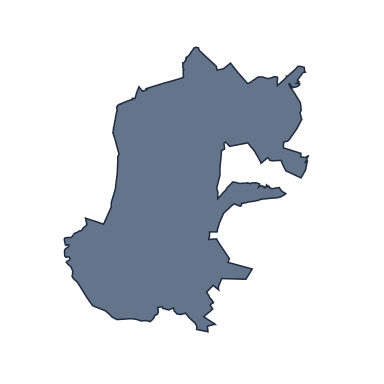 the district of Bochil, Chiapas, Mexico, rotated 76°
{"feature_id": "50627088B6808518022322", "entity_name": "Bochil", "entity_type": "district", "adm_level": 2, "iso_a3": "MEX", "parent_name": "Mexico", "parent_adm1": "Chiapas", "projection": "natural_earth1", "projection_center": [-92.951, 17.023], "detail": "fine", "context": "isolated", "style": "filled", "palette": "slate", "viewbox_px": 384, "rotation_deg": 76, "n_neighbors": 0, "source": "geoboundaries", "source_scale": "gbopen_adm2", "svg_char_len": 5848}
<svg xmlns="http://www.w3.org/2000/svg" viewBox="0 0 384 384"><g transform="rotate(76 192 192)"><path d="M89.1,240.4L90.1,243.3L90.8,244.1L91.2,244.4L91.9,244.7L92.5,244.8L93.7,244.7L94.4,244.7L95.1,245.3L100.5,247.9L103.2,249.0L106.5,250.6L109.3,251.6L110.1,252.4L114.4,253.9L115.4,254.5L116.8,254.3L123.2,253.9L129.2,253.9L137.5,253.6L139.7,255.5L143.2,256.3L156.0,260.1L170.8,265.8L182.8,272.9L186.9,273.9L201.8,285.6L191.6,301.7L198.4,301.9L198.7,302.7L199.4,303.7L199.7,304.6L200.4,305.9L202.1,307.9L202.5,308.3L202.8,309.3L202.6,310.2L202.6,311.2L202.9,312.1L203.5,313.5L203.5,314.8L203.6,315.7L204.4,317.0L206.6,319.5L206.8,320.2L206.6,321.5L206.3,322.8L206.0,324.2L205.9,326.3L206.1,326.8L206.6,327.0L207.4,327.5L207.7,327.5L209.9,327.5L212.5,327.7L213.0,327.4L213.1,327.1L213.4,326.0L213.4,324.6L213.5,324.4L213.9,324.3L214.9,324.8L215.3,325.2L215.4,325.5L215.7,326.4L216.1,327.3L216.4,328.3L216.8,328.9L217.6,329.6L218.6,330.0L219.5,330.3L221.1,330.5L222.1,330.8L223.0,330.9L223.8,330.8L224.6,330.3L224.9,330.1L225.0,329.8L225.0,327.2L227.0,326.4L228.2,327.2L228.7,328.9L229.2,330.4L229.7,331.0L231.6,330.1L233.8,328.6L236.2,327.2L236.5,327.2L237.2,327.4L238.5,327.1L239.5,326.7L240.2,326.8L240.6,326.9L240.8,327.2L241.1,327.4L242.9,327.7L244.0,328.5L244.9,328.7L246.8,328.3L248.7,327.2L250.4,325.9L252.0,325.0L253.6,324.4L255.1,324.0L255.9,323.7L264.9,320.8L268.5,319.7L277.1,316.4L278.1,316.0L278.8,315.1L279.2,314.7L281.2,311.8L282.3,310.4L283.4,308.8L286.3,304.9L286.7,304.5L290.6,301.8L294.2,299.7L294.8,298.9L297.6,295.8L299.3,286.8L299.7,284.2L299.9,283.5L300.5,280.7L302.2,276.6L304.8,272.5L305.7,267.4L307.7,263.9L306.9,262.6L306.6,261.9L306.0,260.9L305.1,259.7L304.4,258.9L303.5,258.5L302.9,258.4L302.4,255.3L302.0,255.0L301.3,254.8L300.9,253.9L300.3,253.7L298.9,253.6L298.5,253.4L295.8,253.3L295.9,251.3L296.1,248.8L296.3,248.6L296.6,248.5L296.8,248.6L297.7,248.6L298.0,248.4L298.3,247.8L298.4,247.4L298.7,246.6L299.1,246.1L299.6,245.7L299.8,244.8L300.2,244.0L300.4,243.8L300.8,243.6L300.1,238.0L303.5,238.0L304.4,237.2L304.9,236.9L306.5,236.4L306.5,236.2L306.9,235.2L307.1,234.9L307.5,234.5L307.6,234.0L307.8,233.8L307.8,233.5L307.9,233.2L308.1,232.4L308.2,231.6L308.0,227.6L309.8,226.7L312.7,225.5L320.2,220.6L323.4,219.8L326.5,220.8L331.5,210.3L326.0,209.6L325.8,202.9L326.1,201.5L324.9,202.3L322.5,204.7L319.6,207.4L315.8,210.7L310.6,200.2L309.7,200.4L308.9,200.8L306.1,201.8L305.4,200.4L305.1,200.2L304.9,199.7L304.9,198.8L304.7,198.3L304.4,197.9L304.2,198.1L301.1,199.1L298.8,200.4L296.4,200.8L292.7,202.1L287.7,194.1L293.4,189.8L291.4,189.7L288.3,188.1L288.3,187.9L283.2,184.1L289.7,160.8L281.3,152.2L269.0,174.1L265.4,171.7L264.8,172.3L261.9,173.2L247.7,178.4L243.5,179.5L242.7,183.3L242.2,187.3L241.1,187.0L239.9,185.9L239.5,185.9L238.1,185.4L235.0,184.6L236.8,177.3L235.6,176.7L234.8,176.5L234.2,176.2L228.7,172.9L220.3,166.5L215.0,157.0L213.6,154.0L217.5,148.7L217.1,147.4L215.1,146.6L215.3,144.2L215.5,141.3L215.3,139.3L215.7,137.0L216.0,133.3L216.0,132.5L216.1,130.1L216.0,129.0L215.8,125.9L216.1,124.0L216.9,118.9L217.0,117.7L217.3,116.0L217.8,113.2L218.2,111.1L218.3,107.7L217.1,103.0L216.3,101.4L213.7,103.9L213.0,104.5L212.5,105.0L208.7,106.3L208.2,113.4L207.8,114.1L207.0,114.9L206.9,115.5L206.3,115.7L204.8,116.0L205.2,117.0L203.1,117.8L203.5,118.2L203.6,118.3L203.9,118.1L204.5,118.6L205.0,118.1L205.5,120.9L204.3,120.7L203.8,121.8L203.0,122.2L202.9,122.4L203.1,123.8L202.8,124.1L202.8,125.0L203.3,126.1L201.0,124.4L200.4,124.6L198.5,127.6L197.6,132.3L198.0,133.0L197.1,135.4L196.5,135.5L196.5,137.2L195.9,139.8L195.4,143.4L192.9,148.0L192.1,150.0L192.4,150.6L193.4,151.9L196.3,156.9L197.6,158.1L198.5,159.0L199.4,160.7L200.6,162.6L201.6,163.9L202.8,165.7L204.7,168.7L201.9,167.9L200.0,167.4L198.6,166.9L194.3,167.1L182.7,160.9L181.7,160.6L176.3,159.3L159.0,153.3L158.2,150.0L152.4,149.2L151.7,147.3L156.7,144.6L156.9,142.9L157.8,126.0L168.3,121.1L169.5,120.9L174.2,119.5L177.8,118.6L179.1,118.1L180.9,118.1L178.6,113.5L177.5,111.1L177.0,110.4L178.0,109.6L180.2,108.7L181.3,106.1L181.8,103.1L182.0,102.3L182.9,97.9L187.6,97.3L194.2,95.8L204.7,82.8L198.1,76.5L190.3,72.8L190.6,74.2L190.7,74.9L189.8,74.4L189.1,72.8L188.7,72.6L188.1,72.6L187.6,72.4L186.8,72.4L186.6,72.1L186.3,71.4L186.0,71.1L185.7,70.8L185.1,70.5L185.0,70.8L186.0,73.5L184.2,78.1L181.4,77.0L180.9,76.9L171.4,92.4L169.6,92.3L165.7,90.7L165.8,87.2L165.2,85.7L164.5,84.7L155.5,74.4L154.9,74.0L147.9,67.8L146.4,68.3L145.3,67.9L143.7,68.0L141.2,68.1L139.2,66.3L132.5,65.3L131.5,65.3L124.5,67.5L122.2,68.2L118.9,69.3L115.9,70.5L115.2,70.8L114.3,71.2L112.4,71.6L111.6,71.8L110.6,71.9L110.4,71.3L111.4,70.9L112.7,70.2L115.2,69.2L115.2,65.2L115.1,64.1L114.8,63.5L114.2,61.7L113.2,61.7L112.8,61.4L111.7,64.2L110.9,61.4L109.1,62.8L106.2,59.3L102.7,55.0L103.2,53.1L102.0,53.4L98.2,53.0L97.1,54.8L96.0,57.3L95.7,58.7L96.1,59.4L97.4,61.2L98.9,63.8L103.1,71.9L102.7,72.2L103.2,72.2L105.2,75.3L109.4,83.4L106.0,82.8L104.1,82.0L102.4,81.5L101.1,81.4L100.9,82.3L100.1,83.5L100.1,84.0L100.0,85.2L100.3,85.9L100.4,86.3L100.4,87.5L100.4,90.5L99.2,93.2L98.8,93.6L97.4,95.7L97.1,97.5L96.4,99.5L96.9,101.5L99.0,107.0L100.0,109.9L100.2,111.8L87.3,118.5L76.2,123.5L78.8,128.8L80.1,132.0L79.7,138.2L75.9,138.0L56.3,150.8L53.7,150.8L52.5,153.2L52.7,154.6L52.7,155.1L58.4,161.6L58.9,162.3L59.4,163.0L59.8,164.5L60.0,165.3L60.5,165.6L62.1,165.4L62.5,166.4L63.2,167.1L63.8,167.4L64.2,168.2L64.4,168.7L64.6,168.9L64.5,169.7L69.1,170.8L70.0,170.6L70.6,170.6L71.5,170.3L71.9,171.3L72.5,171.2L73.3,171.3L74.0,171.5L75.3,172.1L76.2,172.0L77.1,172.2L78.0,172.6L78.7,172.6L79.1,177.7L79.5,187.4L79.5,191.4L80.6,211.5L81.7,211.0L82.0,213.1L82.0,214.8L82.3,215.7L77.1,218.0L80.7,220.6L82.4,221.8L87.5,224.7L86.6,227.2L88.0,227.5L87.8,228.2L88.1,232.8L88.5,234.2L88.6,236.3L89.0,238.4L89.2,239.2L89.7,239.8L89.1,240.4Z" fill="#64748b" stroke="#1e293b" stroke-width="1.5"/></g></svg>